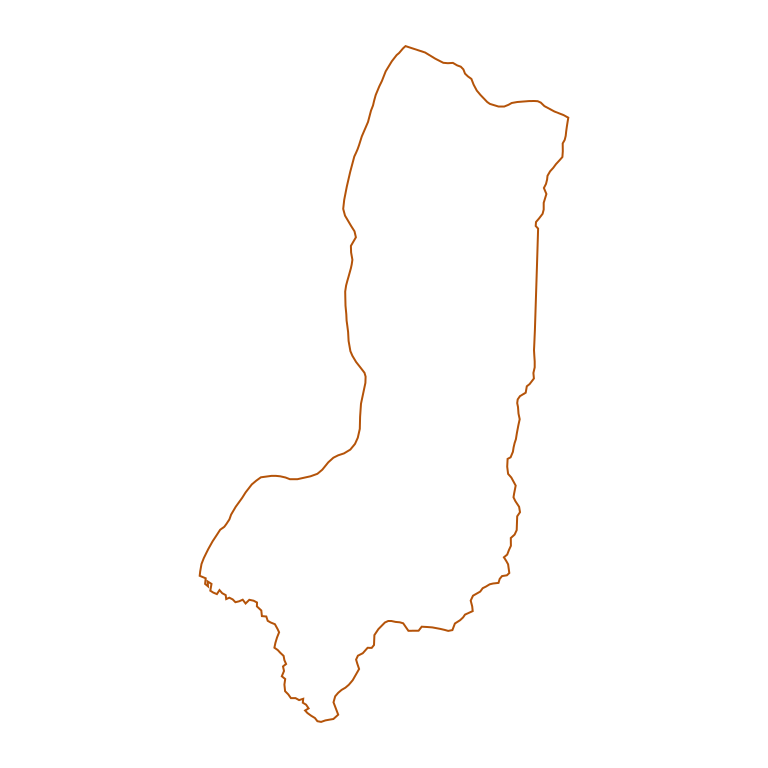 outline of Castilho, São Paulo, Brazil
{"feature_id": "56859067B68099845799403", "entity_name": "Castilho", "entity_type": "district", "adm_level": 2, "iso_a3": "BRA", "parent_name": "Brazil", "parent_adm1": "São Paulo", "projection": "natural_earth1", "projection_center": [-51.587, -20.896], "detail": "fine", "context": "isolated", "style": "outline", "palette": "amber", "viewbox_px": 768, "rotation_deg": 0, "n_neighbors": 0, "source": "geoboundaries", "source_scale": "gbopen_adm2", "svg_char_len": 3704}
<svg xmlns="http://www.w3.org/2000/svg" viewBox="0 0 768 768"><path d="M568.3,117.7L563.6,115.1L554.4,111.5L544.4,106.1L540.8,102.6L537.7,101.2L534.0,101.0L528.7,101.1L517.3,102.0L511.7,103.0L508.5,104.8L504.3,106.5L498.4,106.5L489.9,103.9L487.2,102.0L480.5,95.0L476.8,90.6L473.6,84.6L471.4,78.9L467.9,76.4L465.0,73.6L463.4,69.4L460.8,66.7L457.2,65.4L452.9,62.9L447.9,63.2L443.3,62.8L435.3,58.7L425.1,52.5L405.5,46.1L403.1,48.3L399.1,53.0L396.6,55.1L391.8,61.3L385.7,71.3L381.9,81.0L379.3,86.3L375.7,95.0L374.1,100.8L373.0,105.5L371.0,110.6L368.0,122.0L361.8,136.4L359.0,145.3L357.6,149.2L355.9,153.1L354.3,156.5L350.2,171.9L346.8,186.6L344.2,199.9L343.2,208.9L345.0,215.6L351.2,226.1L354.5,231.3L355.9,237.3L350.9,245.9L351.1,252.5L352.4,259.8L351.7,264.5L350.9,268.2L348.6,276.5L347.3,281.0L346.1,285.5L345.2,291.5L345.3,297.3L345.5,305.7L346.3,314.2L346.6,320.6L347.4,326.4L348.1,332.0L348.6,341.0L350.4,351.2L352.4,355.8L356.1,362.0L360.5,367.6L364.5,372.8L365.6,376.6L365.4,382.9L361.0,403.7L360.1,416.7L359.8,428.9L357.8,437.7L355.0,443.9L350.3,449.6L344.0,453.4L338.2,455.3L333.4,457.7L328.3,462.3L322.3,469.7L317.4,473.8L314.1,475.0L310.5,476.3L297.4,479.2L289.9,479.2L285.5,477.5L280.2,476.3L276.2,475.9L271.3,475.9L260.9,477.3L256.2,480.7L251.8,484.4L245.6,492.4L242.2,497.8L235.7,506.8L231.1,514.6L229.4,519.4L226.3,524.1L224.3,526.8L220.2,529.7L216.7,535.1L212.6,541.3L208.3,549.0L206.4,552.8L203.8,558.1L201.5,564.0L200.2,571.4L199.7,575.8L205.7,578.3L205.1,583.9L208.0,586.3L207.7,581.5L211.5,583.9L210.3,590.7L213.3,592.6L216.9,594.1L219.5,590.1L222.2,593.2L225.7,595.1L226.2,599.1L229.3,597.7L232.7,599.4L235.4,602.2L239.1,601.3L242.7,599.7L245.6,603.5L249.3,599.8L253.6,600.7L257.0,602.5L256.9,606.4L261.3,610.5L261.9,616.1L266.3,616.5L267.7,620.8L270.7,622.5L274.9,624.2L277.5,628.9L279.1,632.3L277.0,637.6L275.4,642.9L274.4,647.7L277.7,650.0L280.3,652.8L283.6,655.9L284.4,660.2L286.1,664.0L283.0,666.4L284.0,671.0L281.8,676.3L285.2,679.0L284.4,684.6L285.1,691.2L288.3,694.4L290.9,698.1L295.5,698.1L299.1,700.1L303.2,698.8L302.8,702.7L306.1,704.7L308.6,708.4L305.1,710.5L307.4,713.0L311.1,715.7L314.9,718.0L317.4,721.2L321.1,721.9L325.4,720.4L329.8,719.6L333.4,719.0L338.2,714.7L333.5,702.3L335.2,696.3L338.2,692.8L341.6,689.9L345.4,687.7L348.8,684.8L352.7,680.2L359.1,669.0L357.3,663.7L356.1,659.6L357.9,655.7L362.8,653.2L367.6,647.8L371.7,647.9L374.0,645.0L374.4,635.1L378.4,629.1L384.9,622.5L388.2,621.0L391.4,621.0L395.5,621.9L399.8,622.3L403.2,623.3L408.4,630.8L418.6,630.7L421.7,626.7L427.1,627.0L432.3,627.4L440.3,628.9L444.6,629.9L448.2,630.9L452.4,630.1L454.9,623.5L460.1,620.2L463.1,617.4L465.0,614.6L472.7,611.1L472.2,606.4L470.7,600.6L473.0,595.7L480.2,591.6L482.7,588.2L485.9,586.6L489.7,584.3L493.1,583.5L498.5,582.9L499.7,578.9L502.0,576.1L506.9,575.3L509.3,573.0L508.1,564.3L506.2,560.9L503.9,557.3L507.2,554.6L509.0,549.9L510.9,545.8L510.8,538.0L514.6,534.6L516.7,530.1L517.2,516.3L520.0,512.2L519.1,506.8L515.4,501.2L513.5,497.3L514.1,493.6L515.7,485.6L511.3,477.5L508.1,473.9L507.2,466.7L507.6,458.9L510.6,457.3L512.9,451.8L513.6,447.4L514.6,443.1L515.9,439.2L516.9,433.0L518.3,425.6L519.7,419.2L518.5,413.6L518.0,407.0L517.2,403.1L517.7,399.4L520.0,396.1L525.7,392.7L526.8,386.3L529.6,384.1L533.9,378.5L533.4,373.0L534.7,367.3L534.7,361.5L534.3,355.4L534.0,350.1L534.2,346.2L534.9,330.1L537.0,264.7L537.9,235.6L538.1,228.6L535.7,226.0L536.0,222.0L539.0,218.5L542.6,213.8L543.7,209.5L543.7,202.8L546.4,194.0L543.9,188.0L546.0,183.9L547.1,179.5L547.5,175.8L550.1,171.3L553.2,167.9L556.0,164.1L559.6,160.2L562.4,157.0L562.8,151.3L562.7,143.4L564.7,139.9L565.7,135.9L566.2,131.3L566.8,126.9L567.6,121.8L568.3,117.7Z" fill="none" stroke="#b45309" stroke-width="2"/></svg>